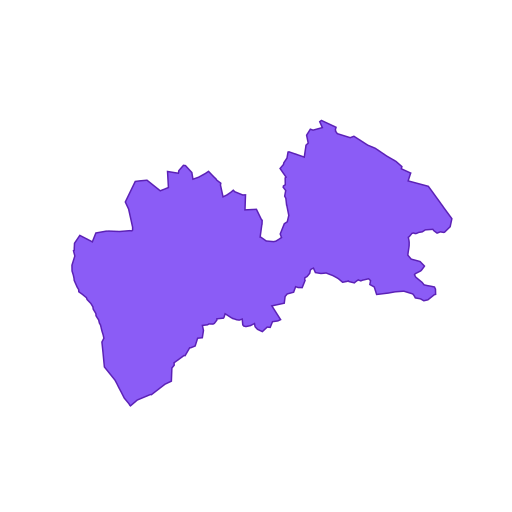 Giade, Bauchi, Nigeria, rotated 59°
{"feature_id": "59680162B9145923747098", "entity_name": "Giade", "entity_type": "district", "adm_level": 2, "iso_a3": "NGA", "parent_name": "Nigeria", "parent_adm1": "Bauchi", "projection": "orthographic", "projection_center": [10.272, 11.415], "detail": "fine", "context": "isolated", "style": "filled", "palette": "violet", "viewbox_px": 512, "rotation_deg": 59, "n_neighbors": 0, "source": "geoboundaries", "source_scale": "gbopen_adm2", "svg_char_len": 3911}
<svg xmlns="http://www.w3.org/2000/svg" viewBox="0 0 512 512"><g transform="rotate(59 256 256)"><path d="M319.8,440.8L318.3,431.9L320.3,418.1L320.7,417.4L321.0,417.1L319.0,400.0L319.7,393.0L308.7,385.8L307.5,382.4L305.3,381.2L304.2,369.0L304.9,368.1L300.5,360.1L301.0,359.4L301.8,354.5L296.4,348.4L298.4,344.1L292.8,339.4L287.9,337.7L290.0,333.0L290.0,331.3L292.2,327.9L292.3,326.4L290.8,322.6L289.7,321.9L292.5,315.9L292.0,314.9L289.6,312.2L295.9,309.1L298.0,307.9L298.0,307.6L300.6,305.5L302.3,303.4L303.0,300.3L308.2,302.8L309.7,302.6L311.3,301.0L312.8,296.7L313.1,292.1L316.2,293.2L319.6,292.5L324.1,289.5L322.7,283.0L324.5,280.6L320.8,275.7L322.9,270.7L323.2,267.7L306.9,268.1L311.0,256.1L305.7,251.9L304.6,248.8L306.4,242.4L302.7,237.8L304.7,236.2L306.9,232.7L302.2,226.5L301.3,226.4L299.8,225.3L299.9,222.8L298.5,218.9L296.1,216.7L295.7,215.4L296.0,213.0L300.8,213.6L304.4,209.4L305.4,207.4L306.7,204.6L309.2,202.7L312.2,200.3L313.9,199.3L316.1,198.0L317.8,197.1L318.9,196.7L323.1,195.3L324.1,192.6L324.1,192.1L324.3,192.0L324.4,191.8L324.7,190.9L324.8,190.2L325.0,189.6L325.8,189.5L329.7,185.5L329.5,184.6L329.4,184.1L329.2,181.9L329.1,180.6L330.0,180.2L330.7,179.3L331.3,179.0L331.6,177.1L332.3,175.0L333.5,171.2L336.1,170.5L339.1,173.1L342.0,171.4L343.5,170.6L351.1,172.4L355.9,161.7L358.4,155.1L362.3,147.4L369.2,141.2L371.2,140.9L374.0,141.0L377.4,137.1L380.8,135.2L382.1,131.2L381.0,123.1L381.4,121.8L376.8,119.2L376.3,119.2L374.5,119.0L372.4,121.2L369.6,124.4L367.3,126.8L364.2,127.2L356.3,130.0L353.7,129.8L353.5,129.5L353.2,128.4L353.6,122.5L353.3,121.3L351.9,117.8L351.4,116.8L345.3,118.2L344.6,118.8L338.6,124.6L335.5,125.1L333.4,125.4L331.6,124.0L330.4,123.0L327.5,120.6L326.1,119.5L323.4,117.8L321.7,117.0L318.4,115.8L318.3,114.6L316.9,110.7L317.5,109.0L318.8,108.0L319.3,106.8L319.6,104.3L320.9,101.1L320.8,97.3L321.1,96.8L324.2,90.7L325.9,90.5L329.5,89.1L329.7,88.8L330.2,85.6L332.5,82.9L332.7,82.1L330.9,74.5L324.9,68.9L310.9,70.2L308.7,70.3L307.2,70.5L305.6,70.6L304.2,70.7L298.7,71.2L292.6,71.7L285.0,72.4L270.0,86.9L264.7,80.9L264.6,80.7L256.1,86.5L254.5,84.9L247.0,87.3L237.6,92.5L225.1,98.3L218.6,103.1L203.8,110.4L203.1,114.3L193.0,123.3L190.2,123.5L190.2,123.4L188.6,122.9L186.9,121.1L186.0,121.7L173.5,130.1L173.7,132.2L180.1,133.0L177.5,142.3L175.3,144.1L178.5,150.4L186.1,153.1L186.8,156.1L187.1,156.3L196.1,163.7L192.6,166.6L183.7,174.1L183.4,175.0L188.0,179.0L190.4,184.1L191.7,185.3L193.4,190.3L203.9,189.6L204.1,190.8L210.0,194.2L210.1,196.4L211.1,197.3L215.2,196.8L217.3,198.7L219.5,200.6L221.9,200.7L228.0,203.5L228.1,203.4L238.1,207.0L242.7,211.5L242.8,211.8L242.9,215.1L249.6,223.9L253.3,224.6L253.5,229.3L253.5,231.5L252.7,233.6L248.4,239.5L242.3,242.2L241.9,242.7L232.3,235.0L231.9,234.5L228.5,232.3L227.6,232.6L216.2,231.6L210.8,241.7L198.2,233.5L196.8,236.0L190.0,241.1L187.9,241.6L188.4,244.5L188.7,249.6L188.3,253.8L176.8,249.9L175.5,248.7L170.7,250.6L169.3,250.6L166.1,251.5L159.0,253.1L159.2,256.8L158.9,264.7L157.7,270.5L151.4,268.0L142.2,269.9L140.9,271.5L143.1,278.2L145.1,279.9L138.0,288.3L152.2,295.8L150.8,304.5L134.9,310.4L131.7,317.0L129.9,321.1L142.4,340.2L150.1,341.0L167.7,346.9L170.2,348.4L170.5,349.5L169.2,351.3L164.7,360.4L159.1,368.9L157.5,371.7L153.8,381.4L159.6,389.0L158.6,389.6L147.6,396.4L151.6,405.0L154.3,406.8L155.3,407.5L157.4,408.8L157.4,409.7L162.7,411.3L169.1,418.5L174.1,421.4L178.2,422.4L181.2,423.4L183.3,424.4L190.4,425.3L193.4,425.3L195.4,426.3L199.6,424.5L200.5,424.2L204.4,422.8L206.3,423.2L211.6,422.0L213.6,422.0L215.6,422.0L217.7,422.9L219.7,422.9L222.7,422.9L223.3,423.1L224.8,423.9L226.8,423.9L229.8,423.8L232.9,424.8L234.9,424.8L237.3,425.5L237.8,425.7L241.0,426.7L245.1,427.7L245.9,428.0L248.1,428.7L250.4,432.4L259.4,436.6L273.0,443.1L289.8,440.8L293.9,441.0L297.4,441.3L298.9,441.4L302.9,441.6L307.2,441.9L310.0,442.1L317.1,441.0L319.1,441.0L319.8,440.8Z" fill="#8b5cf6" stroke="#5b21b6" stroke-width="1.5"/></g></svg>